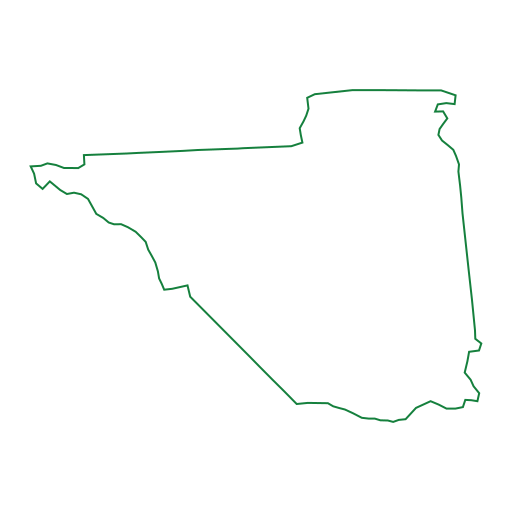 São Miguel do Oeste, Santa Catarina, Brazil, rotated 180°
{"feature_id": "56859067B36403486213311", "entity_name": "São Miguel do Oeste", "entity_type": "district", "adm_level": 2, "iso_a3": "BRA", "parent_name": "Brazil", "parent_adm1": "Santa Catarina", "projection": "orthographic", "projection_center": [-53.501, -26.724], "detail": "fine", "context": "isolated", "style": "outline", "palette": "green", "viewbox_px": 512, "rotation_deg": 180, "n_neighbors": 0, "source": "geoboundaries", "source_scale": "gbopen_adm2", "svg_char_len": 1577}
<svg xmlns="http://www.w3.org/2000/svg" viewBox="0 0 512 512"><g transform="rotate(180 256 256)"><path d="M56.4,416.7L70.9,421.6L76.6,421.6L91.1,421.6L119.5,421.8L139.7,421.9L159.3,421.9L197.2,417.8L204.8,414.2L203.5,403.3L205.8,396.3L208.5,390.6L212.3,383.8L211.2,377.0L209.6,369.4L220.7,365.8L268.9,363.8L274.5,363.4L283.7,363.1L302.8,362.4L314.2,362.0L329.4,361.1L350.7,360.1L373.6,359.1L385.2,358.5L428.1,356.9L427.6,347.6L433.8,343.9L441.2,344.0L448.0,344.0L456.0,347.0L464.6,348.6L471.1,346.2L481.3,345.6L477.9,338.3L475.9,328.6L469.4,323.1L462.2,330.6L451.8,322.0L445.1,318.0L438.0,319.3L430.8,317.7L424.0,313.1L419.9,305.7L415.7,298.1L408.7,294.0L403.3,289.5L397.9,287.7L390.9,287.8L384.1,284.8L376.3,280.2L370.7,274.7L366.3,270.1L363.8,262.4L360.3,256.2L356.7,249.5L354.1,240.6L352.9,233.6L350.2,228.0L347.8,222.3L339.8,223.2L324.5,226.6L321.8,215.3L262.2,155.3L252.0,144.9L239.6,132.4L227.7,120.6L215.3,108.0L204.2,109.1L184.1,108.8L178.8,105.7L172.9,104.0L167.1,102.5L158.9,98.7L150.2,94.2L143.2,93.4L137.2,93.4L131.6,91.7L124.2,91.5L118.8,90.1L113.2,92.1L106.4,92.8L96.0,104.1L81.4,110.8L73.3,107.4L65.5,103.4L56.6,103.4L49.1,104.9L46.7,112.1L40.7,111.8L34.6,110.8L32.8,118.8L38.4,125.7L41.4,132.3L47.3,139.4L44.6,150.7L42.9,160.2L33.0,161.5L30.7,168.5L36.7,173.2L37.0,181.6L40.0,212.0L43.3,241.6L49.5,298.7L50.7,314.3L51.9,326.4L53.6,340.5L53.0,347.6L56.0,356.1L58.7,362.2L64.0,366.7L70.0,371.5L73.6,377.1L72.4,383.0L68.8,388.1L64.7,393.6L68.9,400.6L76.9,400.4L74.2,407.6L65.7,408.9L57.4,407.9L56.4,416.7Z" fill="none" stroke="#15803d" stroke-width="2"/></g></svg>